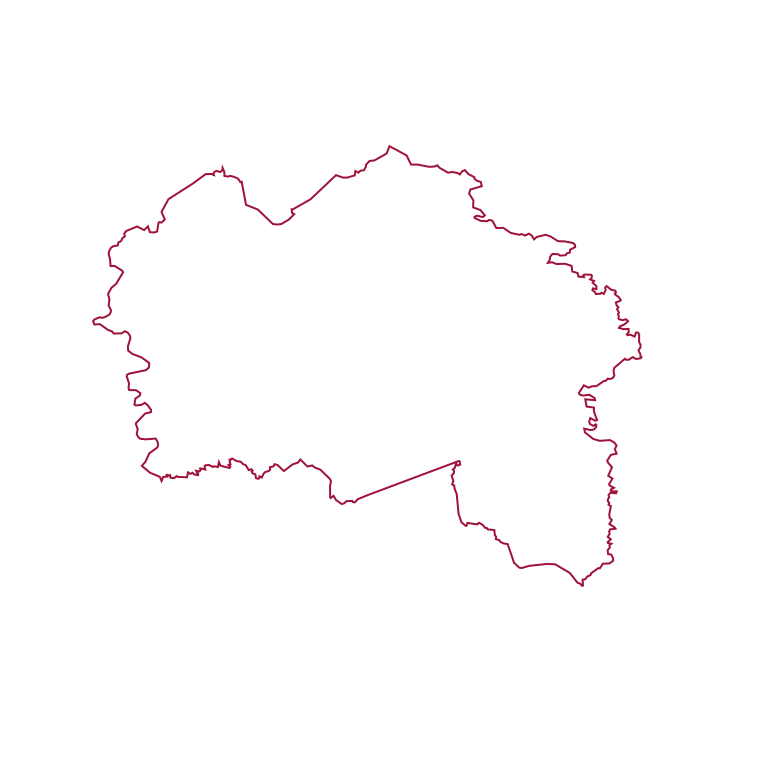 Hambol, Vallée du Bandama, Ivory Coast, rotated 158°
{"feature_id": "98640826B80955316471767", "entity_name": "Hambol", "entity_type": "district", "adm_level": 2, "iso_a3": "CIV", "parent_name": "Ivory Coast", "parent_adm1": "Vallée du Bandama", "projection": "natural_earth1", "projection_center": [-4.861, 8.622], "detail": "fine", "context": "isolated", "style": "outline", "palette": "rose", "viewbox_px": 768, "rotation_deg": 158, "n_neighbors": 0, "source": "geoboundaries", "source_scale": "gbopen_adm2", "svg_char_len": 6166}
<svg xmlns="http://www.w3.org/2000/svg" viewBox="0 0 768 768"><g transform="rotate(158 384 384)"><path d="M218.6,535.0L221.7,537.7L223.2,540.2L222.7,541.8L227.1,547.0L228.9,552.0L232.0,551.9L235.2,549.9L236.5,551.9L240.9,554.8L245.5,556.0L251.5,563.6L252.7,566.8L256.1,566.8L260.9,568.5L270.5,574.8L276.7,577.3L277.4,587.4L289.8,602.4L295.3,596.7L309.1,594.9L313.9,596.2L318.6,594.0L319.5,592.1L322.6,589.7L326.0,590.6L328.5,589.5L330.8,592.2L332.9,588.4L340.4,589.1L344.3,590.5L350.3,595.6L382.9,582.8L403.0,580.1L404.1,580.6L405.2,577.1L403.6,575.1L410.6,572.1L419.2,570.8L423.4,571.9L427.1,574.0L435.6,593.0L444.8,601.8L440.2,624.8L441.5,624.9L442.4,629.1L445.3,632.1L448.6,634.6L450.9,634.8L454.0,636.6L452.6,640.6L452.7,644.8L453.9,642.6L456.6,641.9L459.2,644.3L461.8,644.2L463.2,643.1L463.4,641.4L465.4,643.4L470.7,645.4L486.0,641.5L514.6,636.1L525.8,626.9L525.6,618.6L529.8,617.0L531.8,618.3L532.7,617.9L537.2,610.4L540.4,610.6L544.2,612.5L543.8,618.6L548.8,616.6L553.9,622.5L566.0,622.4L568.6,620.6L568.9,618.0L572.1,617.1L574.1,615.1L577.4,614.6L578.9,612.2L583.3,613.2L586.3,612.5L589.3,609.9L590.7,607.4L591.2,602.6L593.3,595.8L589.6,594.4L584.4,587.3L584.0,585.4L594.8,577.2L600.7,575.3L605.4,571.5L606.3,570.3L606.8,565.5L609.9,559.9L609.5,554.7L610.4,553.0L612.5,551.3L617.2,550.6L620.1,550.8L622.7,552.4L628.5,552.3L630.2,551.2L630.2,547.6L625.0,545.9L619.7,537.6L616.4,534.6L615.8,532.1L608.5,529.3L604.5,530.0L602.3,527.6L601.5,523.9L601.9,521.5L607.3,514.9L608.7,510.8L606.1,506.2L598.9,499.5L593.8,491.4L595.8,487.3L599.6,486.0L616.3,489.1L618.7,488.8L619.7,487.6L620.2,480.0L622.4,475.9L622.5,473.8L616.3,471.2L613.3,466.7L614.7,464.7L620.0,463.6L623.1,458.4L622.2,457.1L616.6,455.5L612.9,456.2L611.2,453.4L609.6,447.2L610.7,445.2L616.6,446.1L628.4,440.7L629.1,439.7L629.3,434.3L631.9,430.5L631.9,427.4L630.6,424.6L625.6,421.9L616.2,419.0L615.6,415.4L616.3,411.9L618.1,410.0L627.5,407.7L634.4,401.2L639.2,398.8L634.2,389.4L626.6,381.9L626.6,377.4L623.5,380.6L619.7,379.3L619.6,381.1L618.6,380.9L618.0,379.8L616.5,379.7L617.0,377.0L615.6,376.1L613.8,375.4L610.8,376.3L610.2,375.2L601.6,371.3L598.8,375.5L597.3,373.2L594.8,373.4L593.9,371.2L590.5,369.1L589.9,370.7L590.6,371.4L590.7,373.9L587.7,372.0L586.2,373.0L586.2,374.5L585.3,374.3L581.8,371.6L581.1,375.2L579.9,375.5L576.6,374.4L573.6,371.1L572.4,371.4L569.1,369.2L566.3,373.4L566.2,369.5L558.7,364.0L557.4,365.0L558.5,367.1L556.4,367.1L556.3,369.6L555.0,370.8L555.4,371.7L552.7,371.8L549.5,367.7L546.0,365.7L544.6,362.3L542.7,360.7L541.6,354.8L538.9,354.7L538.2,352.9L539.6,352.3L539.3,350.4L537.1,348.4L537.9,344.7L536.2,343.2L534.9,343.5L534.1,345.1L532.3,343.1L529.3,345.9L527.4,346.8L522.8,346.6L521.6,347.2L520.9,349.6L517.4,349.0L515.6,350.7L513.1,348.8L509.4,340.8L499.0,343.7L492.9,343.4L489.9,345.4L485.9,336.2L481.1,335.4L479.2,332.2L475.1,328.4L469.7,316.2L469.6,313.6L472.3,309.6L476.3,299.2L476.2,298.3L472.7,299.2L471.9,294.3L468.1,288.5L465.7,288.3L462.5,289.4L457.2,287.5L457.1,286.2L455.4,285.2L451.3,287.0L441.2,287.1L343.5,284.6L342.9,284.1L343.5,280.7L346.2,280.8L347.0,283.3L349.8,279.7L352.2,278.9L351.6,277.5L352.7,275.0L355.6,273.8L356.0,268.2L358.4,265.3L356.9,263.6L357.8,260.4L357.8,254.8L363.5,235.6L364.0,226.8L361.3,221.7L360.4,221.7L358.7,223.9L350.1,218.9L348.0,219.8L345.3,216.5L344.1,212.7L342.6,212.0L342.3,210.3L336.4,207.3L337.8,202.3L337.3,200.2L338.4,198.3L335.7,196.1L335.2,194.0L332.9,191.4L329.3,189.2L330.4,169.5L327.3,163.0L325.4,161.8L317.6,161.0L300.2,156.1L292.8,152.7L282.5,139.2L279.0,127.2L276.9,125.4L276.1,122.9L275.0,122.6L273.2,128.2L270.5,127.6L267.8,129.3L264.1,129.5L262.9,130.9L254.2,133.0L252.9,132.2L248.4,135.4L242.3,133.2L237.8,134.2L236.9,136.8L237.2,140.8L239.9,142.3L238.9,146.1L236.0,147.7L235.3,150.1L233.1,150.7L235.9,152.7L235.9,153.6L231.9,155.1L233.8,158.5L230.9,160.5L230.5,163.0L228.8,164.5L223.6,163.1L224.1,165.0L227.5,169.7L223.7,172.6L224.9,175.5L223.9,178.9L219.4,185.8L221.0,188.0L219.7,189.3L220.3,191.2L219.7,193.2L217.8,194.4L217.4,196.8L214.7,198.3L209.8,195.7L208.4,197.3L213.1,199.2L213.7,200.3L213.0,201.2L209.7,201.6L212.8,205.4L212.9,206.7L207.6,210.8L210.5,214.9L203.8,221.4L205.7,227.0L205.7,229.4L200.2,233.3L194.4,232.3L194.4,237.0L191.4,239.9L192.5,243.7L195.6,247.4L205.3,250.5L210.6,254.7L215.8,263.8L215.1,267.6L209.7,263.9L206.3,263.2L203.4,264.6L202.5,266.4L202.9,267.3L205.5,266.7L207.9,269.5L208.0,271.9L205.6,275.1L201.8,270.8L200.0,270.8L199.6,280.1L198.2,283.5L204.6,287.2L203.1,294.4L194.3,289.9L194.0,292.1L197.7,297.1L204.1,298.8L206.7,301.1L206.5,302.8L199.2,307.9L195.6,303.9L192.1,304.0L187.8,302.4L179.4,304.4L176.8,303.9L174.7,305.2L172.7,304.0L169.6,303.8L167.3,305.5L166.1,310.6L164.2,312.8L151.1,317.2L150.4,315.7L147.9,314.8L143.5,315.8L141.0,312.8L136.4,311.7L135.3,312.4L135.9,313.0L135.1,316.0L135.5,319.1L135.1,320.2L132.7,321.6L131.5,324.0L131.7,327.5L128.8,334.5L129.3,336.7L131.2,337.2L133.9,334.1L137.0,337.4L139.9,338.0L140.3,339.0L137.7,340.4L136.6,343.4L141.5,345.2L145.1,348.0L143.6,349.1L138.6,349.2L134.2,350.8L135.4,353.4L138.7,353.7L141.9,356.1L142.0,357.1L140.8,359.1L140.9,361.2L139.4,362.2L139.9,366.2L137.9,367.4L138.9,369.8L138.4,372.8L133.6,372.6L133.0,373.3L133.8,376.6L136.1,380.3L136.1,381.4L134.6,382.1L134.6,383.9L138.0,386.2L140.9,391.4L142.7,390.7L143.2,388.3L146.4,385.2L148.2,387.1L149.6,386.6L153.9,388.1L153.9,390.0L155.6,393.1L154.5,394.4L151.5,392.4L150.4,395.3L152.6,399.7L150.6,400.8L153.7,403.8L151.7,404.6L150.7,406.5L151.0,407.7L157.0,410.3L158.6,410.1L158.5,408.2L163.5,410.7L162.9,414.3L167.3,417.8L165.8,423.3L171.2,427.7L179.1,430.6L182.6,433.9L186.7,434.9L184.0,436.9L182.1,439.9L179.1,441.5L174.0,439.1L172.6,437.1L167.4,435.4L165.4,436.7L162.5,436.2L161.2,438.8L155.5,439.3L154.8,441.6L155.8,443.8L162.8,448.4L169.2,451.3L174.5,458.6L178.2,461.8L187.3,463.1L190.7,461.9L191.4,466.3L193.3,469.1L197.6,468.8L200.3,471.5L202.5,471.6L209.9,476.6L214.9,484.1L221.4,486.5L222.3,494.3L223.0,495.4L225.1,496.7L227.4,496.3L233.3,499.1L237.8,504.0L237.4,505.1L234.8,505.2L229.9,501.8L227.3,502.5L229.4,509.1L235.2,514.4L232.3,520.8L233.8,528.6L231.1,532.0L219.2,530.8L218.6,535.0Z" fill="none" stroke="#9f1239" stroke-width="2"/></g></svg>